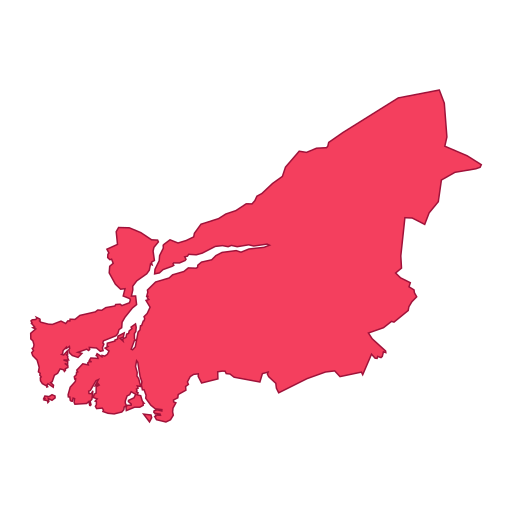 Suldal nor, Rogaland, Norway
{"feature_id": "86288312B74998451175401", "entity_name": "Suldal nor", "entity_type": "district", "adm_level": 2, "iso_a3": "NOR", "parent_name": "Norway", "parent_adm1": "Rogaland", "projection": "albers", "projection_center": [6.141, 59.542], "detail": "fine", "context": "isolated", "style": "filled", "palette": "rose", "viewbox_px": 512, "rotation_deg": 0, "n_neighbors": 0, "source": "geoboundaries", "source_scale": "gbopen_adm2", "svg_char_len": 5956}
<svg xmlns="http://www.w3.org/2000/svg" viewBox="0 0 512 512"><path d="M439.3,90.0L398.3,97.9L343.1,132.4L328.7,142.4L327.8,146.2L326.5,147.7L316.5,148.2L306.5,152.4L299.2,151.2L285.5,167.1L282.4,176.4L272.5,183.5L261.9,193.5L256.9,196.2L254.9,200.6L252.0,203.9L246.2,203.8L235.9,210.6L225.8,214.0L218.6,218.6L201.0,224.2L194.4,233.3L193.7,236.9L186.2,240.5L178.0,243.0L170.0,239.8L164.3,244.1L163.2,245.2L163.3,248.2L159.6,255.6L159.2,260.7L155.0,269.3L154.6,273.9L159.4,272.9L163.0,269.6L172.1,266.3L173.8,265.3L173.0,263.8L173.7,262.9L179.6,262.9L185.1,260.5L186.0,259.3L184.7,256.8L187.4,256.2L188.7,254.3L196.3,254.8L202.3,253.1L215.3,246.4L222.5,245.6L228.1,246.7L231.4,245.4L237.2,246.7L248.7,244.8L253.7,246.0L267.1,244.1L269.5,245.2L264.2,247.3L248.9,249.0L241.0,252.2L236.2,250.6L222.1,252.4L215.9,255.6L211.7,259.8L201.5,262.1L197.8,265.2L197.6,267.3L196.2,268.2L188.3,267.9L183.9,271.5L172.6,274.8L169.1,278.0L155.6,282.0L147.4,290.1L147.8,292.2L146.7,296.3L147.9,296.4L147.3,297.8L148.8,299.5L146.0,300.4L150.1,307.2L147.2,313.5L144.0,316.7L144.7,318.5L144.1,320.8L143.3,321.0L141.6,325.6L140.5,325.8L140.0,329.9L138.1,332.1L135.3,346.9L132.6,349.8L131.2,349.2L134.3,340.7L135.4,340.3L134.4,338.6L134.4,333.6L135.8,331.5L136.2,327.3L135.5,323.9L131.1,327.1L131.9,328.7L129.2,330.9L128.6,333.4L126.7,334.1L126.0,337.3L122.5,339.2L123.0,341.0L120.0,338.3L123.3,337.1L124.2,332.9L118.0,336.1L117.6,338.9L114.9,340.1L114.9,341.1L107.3,343.2L107.1,345.9L108.0,346.5L105.1,348.1L109.0,351.0L107.4,354.3L104.7,356.1L102.0,355.4L101.9,356.8L97.1,353.7L96.2,355.6L97.5,356.3L98.0,358.4L90.8,358.0L89.3,360.5L91.6,361.8L89.0,361.7L87.7,363.0L88.3,364.9L82.8,363.8L76.8,370.1L77.7,371.9L76.5,372.3L76.4,374.7L74.3,376.7L74.7,379.0L75.6,378.8L75.4,381.4L70.2,387.2L68.1,394.7L68.3,396.9L69.8,397.0L70.3,400.4L71.2,401.1L72.4,401.2L73.1,398.1L74.6,398.6L74.1,402.3L74.9,404.2L86.6,403.5L88.8,401.5L89.7,405.4L90.5,405.5L91.0,404.6L90.1,401.3L91.9,399.3L92.9,390.8L91.3,393.7L89.0,393.5L88.7,391.2L90.4,390.4L96.0,380.7L98.4,379.6L95.2,385.7L98.0,384.7L98.0,383.6L99.2,385.1L96.2,386.7L96.1,393.0L94.3,394.1L93.3,397.5L97.2,398.9L95.2,401.1L96.4,401.6L96.4,404.7L95.4,406.3L96.6,408.6L102.2,408.1L103.5,410.0L102.9,411.5L108.0,413.3L114.2,413.9L121.8,412.0L123.8,409.7L124.2,407.0L126.4,405.5L125.3,403.1L125.3,401.0L127.1,395.9L129.6,394.7L131.2,391.7L135.7,394.3L134.0,397.8L128.5,400.4L128.4,401.6L131.3,404.1L131.1,405.2L127.1,405.3L126.0,407.5L126.3,410.6L134.6,407.2L139.8,407.2L143.2,405.3L143.1,403.2L144.0,403.2L142.3,401.0L140.7,395.7L137.2,394.8L138.1,392.8L136.4,391.8L137.0,390.8L136.4,389.0L138.1,388.2L137.3,385.9L140.3,386.5L140.4,385.5L138.7,378.7L136.9,376.0L137.2,372.5L135.5,366.4L136.6,360.7L137.8,362.3L140.1,376.5L141.9,381.9L141.4,384.9L142.4,389.8L144.0,389.7L144.7,391.4L146.1,395.3L145.7,398.2L150.8,405.2L155.3,408.8L161.9,409.6L161.8,411.0L157.2,409.8L154.1,410.8L153.8,412.2L154.8,413.3L160.2,414.1L160.5,415.3L155.5,415.1L155.8,416.2L154.7,416.6L156.5,419.7L165.9,422.0L170.5,419.8L173.3,415.2L172.6,411.9L173.0,408.1L175.9,402.8L173.6,401.9L173.5,400.0L177.8,397.8L178.2,394.5L185.9,390.2L185.6,386.5L188.4,384.4L187.4,381.9L190.2,376.6L193.6,374.4L198.3,373.8L198.2,376.4L201.6,383.0L217.9,378.9L217.7,371.8L222.3,371.1L225.1,371.2L226.2,373.6L230.0,374.0L234.1,377.2L259.9,382.0L262.4,373.6L268.1,372.1L267.4,374.1L268.7,376.7L275.8,383.3L276.4,388.2L278.7,392.8L307.1,378.6L325.5,372.0L334.7,370.9L340.0,376.6L361.4,372.1L362.7,374.7L371.5,354.2L375.1,358.2L377.1,358.4L377.7,356.4L381.0,357.6L382.3,356.4L383.4,351.9L385.8,352.6L385.6,351.0L372.2,338.8L368.4,333.0L383.5,327.7L391.5,321.4L394.0,322.1L408.2,310.5L408.9,306.7L411.9,301.7L416.7,296.8L414.4,292.7L414.0,289.9L409.0,286.8L410.3,282.7L400.5,277.8L395.6,273.0L401.5,268.1L400.8,255.9L404.9,217.7L412.2,218.0L424.7,224.4L429.1,212.9L438.3,201.7L441.4,180.0L455.0,172.3L475.8,168.8L480.1,167.3L481.3,164.7L467.2,155.8L444.8,146.2L446.9,137.0L444.3,103.2L439.3,90.0ZM118.6,227.5L116.2,231.7L117.5,244.4L106.9,249.2L108.9,253.0L107.9,254.3L107.7,257.6L109.9,259.7L111.6,259.2L113.2,263.3L109.7,266.3L109.2,272.9L115.4,284.2L120.6,289.2L125.0,288.7L123.2,296.0L129.7,298.6L130.4,300.0L129.4,302.8L121.9,305.6L120.2,304.2L115.7,304.5L114.9,306.0L105.8,307.6L101.7,310.3L97.8,310.0L95.3,311.9L79.9,315.4L75.0,319.4L70.1,319.2L69.9,320.9L67.8,320.9L65.7,323.5L61.0,321.1L52.5,324.4L48.5,324.2L40.8,322.2L39.5,320.9L40.2,320.1L39.8,319.0L36.5,317.4L36.9,318.1L35.7,319.5L32.2,319.8L31.0,320.9L32.0,322.8L31.4,323.3L34.7,327.0L32.9,327.7L35.7,329.0L30.7,333.3L30.8,338.9L32.9,340.9L34.0,344.8L33.4,347.7L32.2,348.4L33.5,350.7L31.7,352.6L32.7,355.6L37.1,360.1L39.2,367.4L38.4,371.8L40.2,373.3L39.8,375.1L41.2,376.9L40.3,377.8L40.5,380.8L42.3,383.6L46.6,386.0L46.6,385.1L46.9,385.0L46.9,387.0L47.7,386.7L46.9,385.2L48.0,383.7L53.2,387.2L53.5,385.2L50.6,382.6L52.2,381.7L54.4,375.2L57.6,373.3L60.1,368.9L63.6,369.8L64.4,371.4L65.5,370.2L65.3,368.7L67.9,367.5L67.9,365.8L64.7,363.4L67.6,364.9L67.7,361.5L63.5,360.0L68.6,360.0L67.6,357.9L67.8,356.2L66.5,354.8L67.7,354.1L67.2,351.0L63.7,355.0L61.7,354.4L62.6,353.8L63.1,350.5L66.2,347.3L66.3,348.4L69.4,346.4L69.7,348.5L68.7,349.9L69.4,352.7L72.3,355.5L78.0,357.4L81.9,353.4L77.9,352.3L86.6,349.2L88.6,350.5L89.7,349.4L89.3,347.4L96.5,348.0L100.3,351.3L103.1,350.6L102.4,347.8L103.9,344.1L102.8,342.9L103.5,340.8L115.9,335.8L117.9,333.3L119.0,329.6L121.7,327.7L122.1,322.2L125.0,317.2L132.4,308.0L136.6,304.6L135.6,296.0L131.4,296.1L132.8,289.9L132.7,286.2L136.8,280.8L146.7,273.8L149.3,270.2L150.5,264.0L152.1,264.8L151.5,262.8L151.9,261.9L154.4,260.5L153.1,251.1L153.9,247.4L158.4,241.9L157.6,240.1L151.6,239.8L140.8,232.6L129.3,227.8L118.6,227.5ZM52.0,394.7L49.0,396.6L44.9,396.0L43.7,398.6L44.8,398.6L44.0,399.9L47.6,400.8L47.9,402.5L48.9,401.4L48.3,398.5L52.0,400.3L55.1,397.9L55.0,396.0L52.0,394.7ZM151.7,417.7L151.0,415.0L143.6,414.1L149.5,421.9L151.7,417.7Z" fill="#f43f5e" stroke="#9f1239" stroke-width="1.5"/></svg>